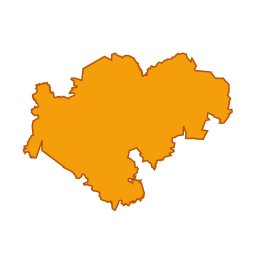 Choix, Sinaloa, Mexico (Mercator projection), rotated 280°
{"feature_id": "50627088B30969401121850", "entity_name": "Choix", "entity_type": "district", "adm_level": 2, "iso_a3": "MEX", "parent_name": "Mexico", "parent_adm1": "Sinaloa", "projection": "mercator", "projection_center": [-108.281, 26.663], "detail": "fine", "context": "isolated", "style": "filled", "palette": "amber", "viewbox_px": 256, "rotation_deg": 280, "n_neighbors": 0, "source": "geoboundaries", "source_scale": "gbopen_adm2", "svg_char_len": 5776}
<svg xmlns="http://www.w3.org/2000/svg" viewBox="0 0 256 256"><g transform="rotate(280 128 128)"><path d="M82.7,42.7L101.0,45.7L91.0,47.1L79.0,70.9L78.7,71.3L78.5,71.0L78.1,71.1L75.0,81.3L74.0,82.4L73.3,82.7L72.2,84.6L70.5,85.1L69.8,85.8L69.6,87.5L70.2,89.0L72.0,90.6L74.3,91.0L74.7,91.6L74.6,92.5L73.4,94.0L71.5,95.4L71.1,97.0L70.5,97.4L68.0,97.8L65.6,93.9L64.2,94.8L65.4,98.0L64.9,98.3L64.7,99.3L64.8,101.9L64.1,102.9L61.1,102.8L60.9,103.9L60.0,105.2L60.4,107.0L60.0,109.8L59.5,111.3L55.9,111.5L55.6,111.8L55.6,112.6L53.1,113.6L52.3,116.6L52.4,118.0L51.3,120.9L52.3,121.8L52.7,123.5L51.8,123.8L52.6,124.6L46.2,126.5L45.3,127.7L44.8,129.5L51.9,131.6L54.0,131.6L54.6,131.8L55.5,133.0L55.4,134.3L54.4,134.6L52.6,134.4L52.4,136.0L50.8,136.9L51.3,137.7L51.9,137.6L52.4,138.5L53.3,139.1L52.5,139.6L52.4,140.5L51.8,141.1L51.7,142.4L53.9,143.0L55.1,143.9L55.3,143.6L55.5,145.0L55.1,145.5L55.2,145.9L55.7,146.2L56.3,146.1L56.2,144.8L57.0,145.4L56.7,146.4L55.4,146.9L55.7,147.5L56.2,147.0L56.3,147.5L57.8,148.2L57.5,148.5L59.4,149.0L59.2,149.5L59.6,149.9L59.2,150.5L59.5,151.3L59.1,152.8L58.6,153.0L59.1,153.3L60.8,152.5L61.0,153.1L60.2,153.5L60.8,153.5L61.6,154.7L62.2,154.5L62.8,155.4L63.0,155.0L62.5,154.4L62.7,154.1L63.6,154.4L64.1,155.3L65.6,155.4L65.9,154.9L66.7,155.3L76.2,150.7L76.3,148.9L78.7,149.8L78.2,148.9L78.4,148.1L77.9,147.1L78.2,146.9L77.9,145.5L78.7,144.5L78.4,143.5L77.7,143.3L77.8,142.1L76.8,141.5L75.3,141.3L74.6,141.8L75.8,139.2L75.3,138.4L76.5,137.4L77.7,137.0L78.5,137.8L78.7,139.3L78.2,139.9L78.4,140.3L78.0,140.5L78.1,140.8L77.4,141.3L78.0,141.9L78.7,140.9L78.9,141.5L78.3,142.0L78.9,143.1L79.4,142.6L80.5,143.8L80.7,143.5L82.0,143.9L81.8,143.1L81.3,142.8L81.3,141.9L82.2,142.4L82.9,142.1L85.2,144.5L89.7,145.0L90.5,143.9L90.9,143.9L90.5,141.9L95.8,140.3L95.8,139.3L96.9,138.0L97.4,136.4L98.5,135.1L98.4,133.0L105.9,133.3L110.1,140.4L108.8,140.9L105.5,145.5L104.5,144.2L104.0,144.3L102.5,145.4L102.4,146.7L100.4,148.4L97.4,148.3L99.4,152.7L98.0,154.4L96.8,157.0L93.6,158.4L93.3,159.5L91.5,161.1L93.5,162.0L94.2,161.7L94.8,162.1L95.3,161.5L96.1,161.9L97.5,161.3L98.2,162.2L98.6,162.0L100.0,162.4L101.0,162.2L101.6,163.4L101.8,164.9L101.4,165.3L102.2,165.5L102.6,166.5L102.4,167.8L103.4,168.4L104.7,168.2L105.3,169.1L105.8,169.2L108.5,175.3L110.0,173.2L112.8,177.4L114.6,176.7L115.0,173.4L115.9,173.7L117.1,176.7L121.2,176.7L121.5,174.3L124.0,173.4L125.6,173.6L126.7,174.3L127.0,176.1L129.1,178.4L130.9,183.5L139.5,182.4L133.0,186.1L127.8,186.6L128.4,190.8L129.2,193.9L129.1,196.3L130.0,204.1L133.5,204.9L139.0,206.9L139.0,201.2L148.9,203.1L150.3,206.7L152.6,204.1L156.9,204.1L155.6,207.8L155.6,208.7L154.7,210.5L154.0,210.7L153.3,214.9L152.4,217.6L148.9,217.0L148.8,217.9L149.3,220.7L149.7,221.7L156.4,225.0L158.1,225.4L159.4,224.7L160.1,226.1L161.8,227.7L164.3,227.0L163.6,224.7L164.4,222.9L166.3,223.4L170.0,223.2L170.7,223.6L171.8,223.0L174.6,223.9L177.8,220.3L180.7,221.2L188.3,219.9L191.5,215.4L193.5,213.3L192.1,205.4L197.5,199.7L196.2,184.2L197.4,183.3L200.9,184.5L207.9,178.8L204.1,178.3L207.7,173.9L210.8,172.6L210.6,171.8L211.2,169.6L209.7,166.3L209.9,163.9L209.2,163.8L207.7,162.3L206.0,161.5L205.5,159.6L205.1,159.7L204.6,158.9L203.7,158.9L203.2,158.4L202.6,154.6L201.3,154.0L201.4,153.4L200.5,151.9L197.8,150.1L198.2,147.8L197.9,147.0L196.0,145.5L194.4,145.1L193.1,143.9L192.4,142.2L193.3,140.5L191.9,139.5L190.1,139.5L190.3,138.1L188.6,136.9L188.1,137.6L187.0,137.7L186.4,137.6L185.9,136.7L184.6,136.4L183.9,137.6L183.2,137.4L182.9,136.8L183.4,135.9L183.3,135.1L181.6,133.7L181.8,133.0L182.4,132.6L182.7,132.8L183.6,132.3L184.0,132.6L184.2,132.3L185.0,132.4L185.1,132.0L185.6,132.3L186.6,131.2L187.0,131.4L187.5,131.1L187.8,130.3L187.6,129.9L188.3,129.9L188.3,129.4L188.9,129.0L189.8,129.0L190.2,128.2L190.6,128.1L190.7,127.2L193.3,126.8L193.6,125.2L194.1,125.4L194.8,124.1L197.4,122.1L197.2,121.7L198.0,121.2L198.0,120.1L198.9,118.6L198.6,118.0L199.2,117.0L199.2,114.5L198.7,112.3L196.2,110.3L197.2,108.7L197.5,105.2L199.4,102.4L197.4,99.2L191.9,100.1L194.4,92.5L178.6,73.5L166.9,74.3L167.9,66.9L167.4,66.3L167.5,64.2L167.1,63.7L166.1,63.5L164.8,66.4L164.1,67.0L161.1,67.1L160.4,67.8L160.5,70.0L159.7,70.6L159.0,70.4L158.2,66.7L157.5,65.8L157.1,65.8L156.8,66.5L156.1,66.8L154.3,65.1L152.0,64.2L151.9,64.5L153.1,68.2L152.9,69.0L152.3,69.6L151.5,69.6L150.4,68.9L148.9,66.3L146.6,64.2L147.3,62.0L147.2,61.0L147.9,59.7L147.6,58.0L146.5,57.1L146.6,56.0L147.0,55.6L146.4,55.0L146.9,54.5L146.5,54.3L146.6,53.1L145.4,51.7L145.5,50.3L147.6,49.0L149.4,48.7L149.3,46.8L150.1,47.2L150.0,45.3L151.2,45.2L151.2,44.6L151.6,44.5L152.0,43.8L151.9,44.4L152.6,44.6L153.4,43.9L154.0,44.4L154.5,44.4L154.4,43.7L155.0,43.7L156.2,43.2L156.2,42.9L156.6,43.0L156.5,42.3L157.0,41.2L158.1,40.9L157.6,40.6L158.0,40.3L158.0,39.5L158.4,39.3L157.5,37.6L157.6,37.0L156.7,36.7L156.9,36.2L156.2,35.6L156.1,34.2L155.1,33.0L155.0,32.5L155.7,32.6L155.1,31.8L155.1,31.0L154.0,30.1L153.3,31.2L152.5,30.8L151.5,30.9L151.0,30.3L150.3,31.4L147.7,32.2L146.2,31.1L144.1,28.3L143.7,28.3L142.9,29.2L141.9,28.6L140.0,30.1L140.1,30.5L139.4,30.6L139.5,31.7L138.9,31.8L139.0,32.3L137.3,32.8L137.2,33.1L136.6,33.5L136.4,34.4L134.0,36.1L132.4,35.5L132.9,32.4L131.5,32.6L129.4,29.7L128.5,30.2L126.4,30.3L125.9,31.3L124.9,32.1L124.1,34.0L124.3,34.8L125.0,35.6L125.1,37.0L124.4,37.8L123.8,37.4L122.4,38.2L121.2,37.0L120.6,35.8L119.0,34.5L118.5,33.4L113.4,33.3L104.5,35.9L104.4,35.1L103.5,34.1L102.2,34.0L100.8,33.1L98.0,32.4L96.6,31.6L93.9,32.3L93.2,31.8L92.9,30.3L91.6,28.8L90.4,29.9L90.3,31.1L90.0,31.3L89.0,28.9L88.5,29.2L87.9,28.9L86.1,30.0L86.3,30.8L85.2,31.1L86.7,32.0L87.1,33.8L87.0,34.8L86.3,35.3L85.9,35.1L83.9,35.9L83.8,36.6L82.9,37.2L83.0,38.2L82.7,38.3L82.2,37.5L82.1,38.3L81.8,38.6L82.2,38.8L82.8,40.3L82.3,41.4L82.7,42.7Z" fill="#f59e0b" stroke="#b45309" stroke-width="1.5"/></g></svg>